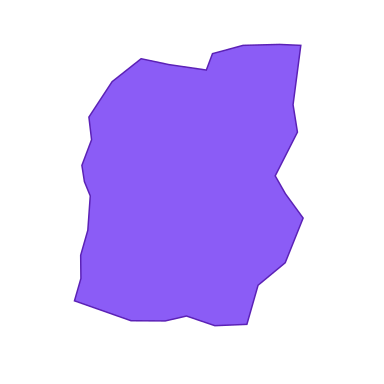 outline of Deneia, Nicosia, Cyprus, rotated 347°
{"feature_id": "46923920B18797471860683", "entity_name": "Deneia", "entity_type": "district", "adm_level": 2, "iso_a3": "CYP", "parent_name": "Cyprus", "parent_adm1": "Nicosia", "projection": "mercator", "projection_center": [33.146, 35.18], "detail": "fine", "context": "isolated", "style": "filled", "palette": "violet", "viewbox_px": 384, "rotation_deg": 347, "n_neighbors": 0, "source": "geoboundaries", "source_scale": "gbopen_adm2", "svg_char_len": 525}
<svg xmlns="http://www.w3.org/2000/svg" viewBox="0 0 384 384"><g transform="rotate(347 192 192)"><path d="M53.0,271.6L103.6,303.7L137.0,311.6L158.7,311.6L184.2,327.4L215.7,333.3L235.4,297.7L266.9,281.9L294.4,242.4L282.6,214.7L276.7,195.0L308.2,157.4L310.1,129.7L331.0,73.6L310.5,67.9L274.7,60.6L243.1,61.8L233.4,76.4L198.0,62.6L172.4,50.7L139.0,66.5L108.4,95.8L105.9,118.5L98.3,129.9L90.7,141.3L89.5,157.7L92.0,172.9L81.9,205.8L69.3,228.6L64.3,251.3L53.0,271.6Z" fill="#8b5cf6" stroke="#5b21b6" stroke-width="1.5"/></g></svg>